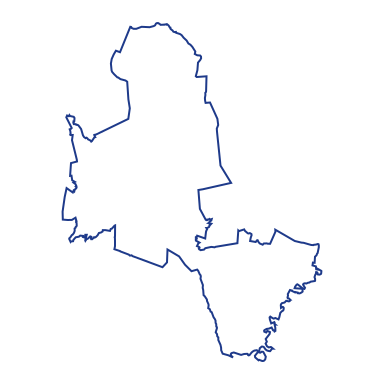 Tlaltizapán de Zapata, Morelos, Mexico
{"feature_id": "50627088B49217098257647", "entity_name": "Tlaltizapán de Zapata", "entity_type": "district", "adm_level": 2, "iso_a3": "MEX", "parent_name": "Mexico", "parent_adm1": "Morelos", "projection": "orthographic", "projection_center": [-99.108, 18.704], "detail": "fine", "context": "isolated", "style": "outline", "palette": "blue", "viewbox_px": 384, "rotation_deg": 0, "n_neighbors": 0, "source": "geoboundaries", "source_scale": "gbopen_adm2", "svg_char_len": 5946}
<svg xmlns="http://www.w3.org/2000/svg" viewBox="0 0 384 384"><path d="M210.0,102.5L205.6,102.9L205.1,100.6L204.9,98.0L205.4,95.1L205.3,92.8L206.0,91.9L206.1,91.0L206.5,76.3L196.7,77.0L195.8,76.2L197.4,70.2L198.0,62.6L200.2,60.0L201.1,58.3L201.0,56.5L200.1,55.5L197.3,55.3L194.8,54.0L195.3,51.5L192.3,46.8L190.4,44.7L188.4,43.5L186.6,40.5L183.6,37.7L181.6,35.1L179.9,34.0L176.1,32.8L175.9,31.9L174.4,32.1L173.3,31.6L172.6,30.5L170.7,29.1L170.4,27.7L169.9,27.7L168.7,25.6L167.2,24.3L166.6,24.6L166.3,24.2L164.6,24.7L164.1,24.5L163.7,24.7L160.5,24.8L159.4,23.7L158.3,23.4L158.0,23.0L156.6,23.2L155.9,23.7L155.1,25.3L153.7,26.1L149.6,27.2L141.6,26.8L136.3,28.8L133.6,28.8L131.7,28.0L131.2,27.0L130.3,26.8L120.0,52.2L115.9,50.7L113.7,54.5L111.7,59.0L110.9,63.6L111.6,70.6L112.2,72.0L114.1,74.2L117.4,77.4L118.2,77.5L120.4,79.1L125.5,80.5L127.2,81.7L128.4,99.4L129.8,108.3L128.3,118.9L96.1,134.5L93.4,135.1L94.8,135.0L94.9,136.1L94.7,136.8L95.1,137.2L94.2,137.6L91.9,141.1L91.2,141.6L90.4,140.5L88.0,139.3L87.6,138.6L86.6,137.7L85.6,138.2L84.0,137.0L83.0,135.4L81.1,129.0L78.5,125.5L77.8,125.0L76.4,124.8L76.4,124.5L75.3,124.1L73.8,124.1L73.3,122.7L73.5,121.5L74.1,121.7L74.3,121.3L74.5,118.0L73.7,116.8L70.0,116.0L69.4,115.1L68.8,116.2L68.1,116.1L67.1,115.5L66.3,117.3L71.7,128.0L71.0,128.8L69.7,129.3L70.3,131.0L70.6,133.5L70.2,134.5L70.4,135.0L70.9,135.1L72.7,135.0L72.0,140.2L76.8,159.6L77.0,161.5L71.0,163.1L70.1,175.9L71.5,175.7L72.2,180.3L74.9,181.9L73.5,182.6L75.5,184.1L76.3,185.9L75.7,186.5L76.6,187.2L76.2,188.4L75.4,188.9L74.6,190.0L74.3,191.3L73.6,190.6L72.8,192.5L66.6,188.1L64.7,197.0L62.6,211.6L62.8,219.6L67.7,220.0L71.9,219.9L75.5,217.7L76.4,220.8L76.1,220.8L76.1,222.3L76.5,222.6L76.6,223.3L76.7,225.7L76.4,226.4L75.7,226.9L75.5,227.8L74.6,228.5L74.7,230.8L74.0,232.8L72.7,234.6L71.8,235.1L70.3,237.4L69.3,238.3L69.2,238.9L70.6,241.9L70.9,241.5L73.1,241.2L73.4,239.9L75.7,237.3L78.9,236.7L80.2,235.6L83.0,235.9L82.9,237.0L84.8,237.6L85.3,234.8L86.7,234.8L85.2,240.3L85.4,240.8L86.4,239.3L87.9,238.6L90.2,236.4L91.3,236.8L90.9,238.4L91.2,239.2L92.2,239.2L94.1,237.2L94.7,237.6L96.0,236.9L97.6,235.3L98.9,233.0L101.0,232.5L102.6,231.5L102.8,230.1L105.3,230.1L110.0,230.9L110.7,229.0L111.9,228.6L114.6,225.6L115.1,225.4L115.0,236.4L114.7,237.1L114.9,237.3L115.0,240.8L115.0,246.2L114.4,249.2L120.1,251.1L120.3,251.4L128.8,254.6L129.9,255.6L131.6,255.3L132.5,256.1L162.5,267.2L167.0,262.4L167.5,249.5L179.1,256.4L185.0,264.7L191.5,271.2L197.2,269.6L198.2,270.8L199.7,274.2L200.6,275.3L200.8,276.5L200.5,278.8L202.9,285.1L202.7,287.9L203.2,290.0L203.6,295.2L204.7,296.2L206.9,299.5L207.0,300.9L208.5,304.3L208.6,305.5L208.2,308.2L209.8,309.2L210.6,311.6L211.7,312.2L213.6,317.3L214.8,319.0L215.5,320.5L215.6,322.9L216.2,324.0L216.3,326.6L216.9,327.2L216.9,328.3L215.7,332.3L217.0,334.1L217.3,336.4L218.3,337.4L218.3,340.0L220.5,344.9L221.1,347.7L221.2,350.3L222.7,353.7L228.4,355.3L232.2,357.1L232.4,356.8L231.1,355.6L230.8,354.2L231.1,353.5L231.9,353.0L233.8,352.5L241.1,354.9L244.1,354.0L247.2,353.8L247.6,353.9L248.1,355.1L248.7,355.4L249.5,355.1L251.6,352.5L252.9,351.4L254.3,350.6L256.8,350.2L258.0,351.4L257.7,352.3L254.9,355.8L255.2,357.4L258.5,360.3L259.1,359.8L262.2,361.0L263.5,360.9L264.1,360.6L265.2,359.4L265.8,356.7L263.5,352.3L263.0,351.8L261.8,351.7L260.3,352.7L259.4,352.5L259.2,350.9L259.8,348.2L261.7,346.6L262.8,346.6L263.8,347.0L265.6,349.5L267.2,350.6L269.2,351.1L270.2,351.1L272.0,348.7L273.1,348.7L271.3,347.2L270.8,347.0L268.8,347.4L267.0,346.3L265.6,343.6L266.8,341.7L265.7,339.0L269.6,334.0L270.0,332.1L267.4,330.9L266.2,332.5L264.3,331.7L264.1,330.8L264.5,330.1L266.7,328.9L268.9,328.6L271.6,327.5L273.0,330.2L273.8,330.3L274.5,331.5L275.4,330.9L275.3,327.7L274.6,324.6L275.4,324.6L274.5,323.9L274.7,322.9L274.3,322.1L271.2,323.4L269.9,319.6L269.6,317.4L270.3,316.6L272.7,318.2L273.7,318.6L275.3,318.0L278.5,319.4L279.3,317.3L280.3,312.9L281.9,311.2L282.8,310.8L283.4,310.1L283.7,308.8L283.7,307.8L283.2,307.1L282.5,306.9L281.0,307.9L280.8,305.1L281.0,304.3L281.9,303.2L284.6,302.5L286.2,300.8L288.9,301.4L289.7,301.1L290.0,300.0L290.4,299.9L288.8,298.4L287.8,298.3L287.5,297.4L288.0,295.7L287.8,294.1L290.0,290.0L291.8,290.5L291.7,290.8L295.0,292.4L295.2,292.0L297.8,292.6L297.8,293.2L299.7,293.4L301.5,292.5L302.6,291.6L302.5,288.8L294.6,288.2L295.1,286.7L296.6,284.7L297.3,284.3L298.2,284.8L302.8,288.5L304.4,288.9L305.0,287.8L303.3,285.1L303.1,284.4L303.6,283.7L304.9,283.3L306.5,283.5L307.8,282.8L309.5,282.5L310.6,281.7L314.9,281.0L315.1,280.7L315.1,278.8L314.5,277.1L315.4,274.5L315.9,273.9L316.1,272.1L316.8,272.1L317.5,273.0L317.1,273.5L317.9,274.5L319.7,274.6L320.9,274.0L321.2,273.3L321.4,271.0L321.2,270.8L317.8,268.9L317.8,269.6L316.2,269.3L315.9,266.4L312.5,265.4L312.9,262.6L314.6,262.8L315.0,256.7L316.5,255.3L317.0,253.8L317.6,253.1L318.8,247.3L318.8,245.3L318.5,244.2L317.8,244.0L315.9,244.6L313.8,244.8L313.5,245.1L311.3,245.0L303.6,242.8L301.4,242.6L294.8,241.0L275.3,229.7L275.4,231.8L270.1,243.8L267.6,243.7L266.8,243.4L263.8,243.5L262.7,244.7L259.8,243.5L258.6,242.2L257.6,240.2L257.0,240.3L255.7,242.0L250.1,241.0L250.7,237.8L251.6,235.1L251.4,234.0L249.8,233.1L248.7,233.5L247.8,233.3L244.9,230.8L244.2,229.4L238.9,231.1L238.3,230.5L237.4,243.2L215.7,246.8L214.6,247.3L211.3,246.9L205.3,248.2L204.0,249.6L201.0,250.1L200.4,250.1L199.7,249.4L199.2,249.3L198.8,248.7L199.5,247.4L198.9,246.9L197.0,246.1L198.3,243.4L199.5,242.6L195.9,240.6L195.8,239.1L196.8,238.7L196.8,238.4L196.2,238.0L195.8,237.2L196.3,236.7L197.0,236.5L197.2,235.7L205.2,238.5L206.0,231.8L206.4,230.5L207.1,229.2L206.4,228.0L207.2,228.0L209.0,227.0L209.5,225.9L209.4,225.3L210.1,224.6L210.4,224.7L211.3,223.7L208.5,223.1L209.1,222.7L209.6,221.6L211.3,220.5L211.7,219.1L210.2,219.6L209.5,218.9L207.3,220.1L206.8,220.1L206.8,219.6L205.7,219.7L199.9,208.9L198.4,190.0L202.7,189.3L231.1,182.9L220.5,165.6L217.0,131.6L216.8,128.6L218.2,125.0L217.4,118.8L210.0,102.5Z" fill="none" stroke="#1e3a8a" stroke-width="2"/></svg>